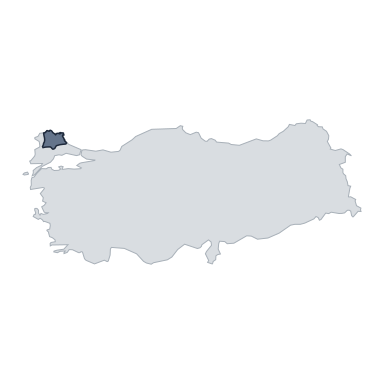 where Kirklareli sits in Turkey
{"feature_id": "TUR-2241", "entity_name": "Kirklareli", "entity_type": "Province", "adm_level": 1, "iso_a3": "TUR", "parent_name": "Turkey", "parent_adm1": "", "projection": "orthographic", "projection_center": [27.563, 41.681], "detail": "fine", "context": "in_parent", "style": "filled", "palette": "slate", "viewbox_px": 384, "rotation_deg": 0, "n_neighbors": 0, "source": "natural_earth", "source_scale": "10m", "svg_char_len": 4890}
<svg xmlns="http://www.w3.org/2000/svg" viewBox="0 0 384 384"><path d="M289.4,124.4L294.9,125.5L296.3,123.8L301.0,123.2L305.4,123.5L307.1,120.0L310.1,119.8L311.0,121.3L312.5,121.6L317.5,124.8L317.1,125.4L318.4,126.7L322.3,126.9L323.0,128.9L326.5,131.3L328.8,135.7L328.5,139.1L327.3,141.5L330.9,148.0L330.3,149.1L335.3,150.5L341.0,148.9L343.0,149.6L349.6,154.0L351.4,155.8L347.1,154.0L345.3,156.7L345.3,162.3L339.3,164.5L340.9,167.9L342.9,169.2L342.9,172.6L343.6,173.9L345.7,175.7L346.0,178.7L347.3,181.8L348.0,185.6L350.7,186.2L349.9,188.2L348.4,196.5L348.7,197.0L350.7,196.8L355.7,199.5L355.1,200.9L356.5,205.7L360.9,208.1L360.5,209.9L361.0,211.5L358.1,211.3L353.3,216.8L352.6,216.8L351.6,215.5L350.7,211.1L349.1,210.2L347.3,210.3L344.6,212.9L341.8,213.4L339.0,213.5L331.2,212.2L328.7,213.6L325.7,213.1L321.0,219.5L319.4,220.2L318.2,217.6L316.0,216.5L313.9,218.9L304.8,223.1L300.4,224.3L294.9,224.3L290.5,225.2L279.2,233.1L268.0,238.0L257.5,239.2L251.3,236.1L246.7,235.8L233.9,243.2L227.2,243.7L224.8,241.6L219.6,241.2L218.7,243.6L218.2,249.1L220.4,254.0L217.6,254.6L215.9,255.9L215.7,259.7L213.2,261.4L212.5,263.8L212.1,263.9L207.6,262.4L208.7,260.5L205.4,253.8L206.5,251.5L211.5,245.3L211.1,242.0L208.5,239.9L201.9,244.7L201.4,246.4L199.9,247.8L197.4,248.5L184.6,244.2L177.7,249.5L171.9,257.0L167.4,259.8L153.6,262.7L151.2,264.2L146.4,263.0L143.5,261.3L136.6,253.8L124.3,248.4L111.4,247.4L110.4,249.0L110.1,255.1L108.3,261.0L107.2,261.6L104.3,260.2L94.5,263.9L86.0,260.3L84.5,258.7L82.5,252.1L81.2,251.6L79.9,252.6L78.5,252.6L72.4,249.7L69.2,249.6L67.2,252.4L64.0,253.6L63.9,252.8L65.2,251.0L60.1,251.3L57.4,252.7L53.8,251.9L54.0,251.1L57.0,250.2L63.8,249.2L68.0,244.7L51.9,245.0L50.3,245.9L50.1,243.6L51.0,242.5L55.3,241.7L55.0,239.8L52.4,237.7L49.6,236.6L48.3,231.8L46.9,230.6L47.1,229.9L49.7,229.1L50.3,225.5L49.9,223.3L44.7,221.4L43.6,221.6L42.3,219.7L40.1,218.3L38.3,219.4L33.2,216.5L34.2,214.4L35.4,214.4L35.7,212.8L34.7,210.1L34.8,208.6L36.0,208.3L37.2,208.6L38.5,210.2L38.6,213.3L40.0,215.2L41.0,213.4L43.3,214.4L47.5,213.5L48.3,212.7L45.3,212.7L44.1,212.0L41.7,206.8L44.2,205.3L46.1,202.8L42.6,201.1L43.3,197.7L40.3,193.6L44.4,188.6L44.2,187.9L42.9,187.5L30.5,189.5L30.3,187.3L31.3,185.3L31.2,180.4L31.8,177.8L34.1,177.0L37.0,173.2L41.6,168.6L46.3,168.8L48.2,167.5L51.0,167.4L51.8,169.2L54.2,170.5L58.6,170.3L60.7,169.1L58.7,166.9L61.1,166.1L63.1,166.7L62.1,169.1L62.6,169.4L68.2,168.6L74.1,169.1L80.6,168.7L81.4,167.9L76.8,165.5L79.7,163.3L81.3,162.8L94.8,160.5L94.9,160.0L86.6,159.1L82.2,156.3L81.0,154.8L81.8,150.9L82.7,149.9L85.6,149.7L95.8,151.2L103.0,149.9L111.0,152.2L118.6,151.4L120.1,150.2L121.8,146.4L132.1,139.8L135.7,136.5L151.7,129.3L176.2,128.5L180.3,125.7L182.8,126.3L182.3,128.0L182.5,129.4L185.8,132.8L190.3,134.6L196.2,132.2L198.5,132.7L201.2,138.2L205.3,141.2L207.1,141.3L209.2,139.1L211.4,138.6L215.2,140.2L216.6,142.1L228.6,143.1L231.2,144.5L239.4,145.3L256.3,138.9L263.0,140.8L268.5,140.9L270.7,140.1L277.3,135.8L279.2,133.6L283.3,131.3L288.2,126.8L289.4,124.4ZM63.3,133.2L62.9,135.8L64.0,138.6L66.5,142.6L69.0,144.5L81.1,149.7L79.5,154.8L76.5,155.6L66.1,153.3L61.9,155.3L58.9,154.8L54.7,155.7L53.5,158.8L50.5,162.2L42.2,166.4L34.5,174.8L32.2,175.8L33.3,173.0L33.2,170.5L36.6,167.6L41.3,165.4L42.5,163.5L30.8,163.7L29.7,161.1L30.9,160.6L34.7,156.0L35.2,154.2L34.8,149.6L39.5,147.1L39.9,146.0L39.2,141.5L34.8,138.8L34.9,137.5L38.0,136.4L39.8,133.3L44.4,132.7L46.5,131.2L50.4,130.4L55.3,134.3L61.1,132.8L63.3,133.2ZM28.2,174.4L24.3,175.0L23.0,174.3L24.3,173.0L27.4,172.1L28.4,173.5L28.2,174.4Z" fill="#d9dde1" stroke="#a8b0b8" stroke-width="1"/><path d="M50.3,130.3L50.9,130.5L51.4,130.8L51.9,131.2L52.6,132.3L53.0,132.8L53.4,133.1L54.6,133.8L54.9,134.1L55.3,134.6L55.5,134.8L55.7,134.7L55.7,134.4L55.9,134.1L56.1,134.0L56.2,133.8L56.3,133.9L56.5,133.8L56.5,133.6L57.8,133.3L58.5,133.3L59.3,133.8L59.6,133.8L59.8,133.8L60.0,133.7L59.8,133.4L59.8,133.2L59.8,132.9L59.9,132.7L60.0,132.7L60.5,132.6L61.0,132.7L61.5,133.0L62.5,132.9L62.8,133.0L63.4,133.1L63.6,134.2L63.6,134.5L63.8,134.7L63.9,134.8L63.9,135.0L63.7,135.1L63.2,134.9L62.9,135.0L62.7,135.1L62.6,135.4L62.5,135.9L62.6,136.5L62.9,137.0L63.2,137.3L63.5,137.7L63.8,138.7L64.0,139.0L64.3,139.3L64.5,139.5L64.6,139.8L64.6,140.0L64.4,140.1L64.5,140.5L64.8,141.0L65.0,141.3L65.5,141.6L65.8,141.9L66.1,142.5L66.6,142.9L65.8,144.0L62.8,144.3L59.9,144.7L58.1,145.2L56.4,145.7L55.6,146.9L55.0,148.1L54.0,148.9L52.9,149.2L52.0,148.5L51.2,147.5L50.3,146.9L48.3,146.9L45.5,147.1L43.0,147.6L42.5,146.6L43.3,144.9L43.6,143.2L44.3,142.2L44.7,140.0L44.5,137.8L44.0,135.7L43.6,133.1L43.8,132.9L44.0,132.8L44.3,132.8L44.5,132.8L44.6,132.7L44.8,132.6L45.1,132.6L45.3,132.6L45.5,132.4L45.6,132.1L45.8,131.9L46.0,131.8L46.3,131.5L46.7,130.8L47.1,130.6L47.4,130.7L47.7,130.8L48.0,130.9L48.3,131.1L48.8,131.1L49.2,131.2L49.3,131.2L49.7,130.5L49.9,130.4L50.3,130.3Z" fill="#64748b" stroke="#1e293b" stroke-width="1.5"/></svg>